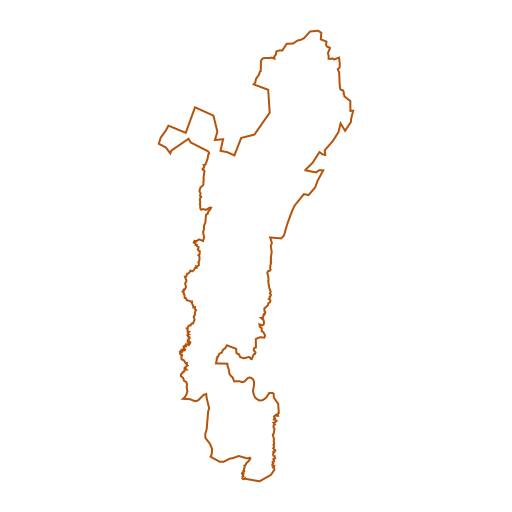 the district of Cuetzala del Progreso, Guerrero, Mexico
{"feature_id": "50627088B8879527191332", "entity_name": "Cuetzala del Progreso", "entity_type": "district", "adm_level": 2, "iso_a3": "MEX", "parent_name": "Mexico", "parent_adm1": "Guerrero", "projection": "orthographic", "projection_center": [-99.835, 18.107], "detail": "fine", "context": "isolated", "style": "outline", "palette": "amber", "viewbox_px": 512, "rotation_deg": 0, "n_neighbors": 0, "source": "geoboundaries", "source_scale": "gbopen_adm2", "svg_char_len": 6061}
<svg xmlns="http://www.w3.org/2000/svg" viewBox="0 0 512 512"><path d="M183.0,398.8L190.1,399.2L193.6,400.7L195.9,401.2L198.3,400.2L203.7,394.8L206.2,394.0L206.6,397.8L209.1,408.0L208.1,411.9L206.7,429.1L205.2,434.3L205.5,438.1L210.0,443.9L212.1,449.1L211.7,454.0L210.6,456.7L219.6,461.7L223.6,461.8L229.8,458.6L232.6,458.2L238.8,456.0L247.1,458.4L249.9,457.7L250.4,458.6L249.4,459.7L249.3,460.4L246.3,463.3L245.5,465.1L244.4,465.6L244.8,467.0L243.9,469.0L244.2,471.1L243.2,471.3L243.7,473.3L243.5,473.7L242.2,473.1L242.0,473.6L243.4,476.2L242.5,476.7L242.4,478.5L242.9,479.0L243.9,479.2L245.1,478.2L245.3,478.8L259.6,481.3L271.0,474.8L274.4,469.7L274.2,468.3L273.1,467.5L274.0,466.7L274.2,465.7L272.3,465.4L272.5,464.1L273.3,463.0L272.6,462.1L274.1,461.2L273.3,459.2L275.1,458.4L274.6,457.3L274.7,456.2L273.5,455.8L273.0,454.1L273.8,452.7L273.3,452.0L274.7,451.6L274.3,450.2L275.0,450.0L273.2,448.2L274.2,446.7L273.4,444.8L274.2,444.1L273.7,440.8L274.0,439.2L272.8,434.6L273.6,433.9L274.5,428.7L273.5,427.5L273.7,425.1L274.8,424.6L273.5,422.7L274.7,422.5L276.6,421.0L275.2,419.9L273.8,419.5L274.0,418.9L275.0,418.2L274.0,416.5L275.8,415.0L277.2,415.9L278.1,415.8L277.4,414.0L278.8,413.0L278.2,403.9L273.9,397.7L273.6,393.7L272.5,392.9L269.2,393.0L266.4,397.3L264.6,398.9L262.3,400.3L259.4,400.5L256.3,398.7L254.8,397.0L253.4,393.3L253.0,390.5L254.0,385.5L254.0,381.8L253.1,379.4L251.1,377.8L249.4,377.5L247.5,378.3L244.8,381.3L242.6,382.2L239.0,381.2L234.2,381.4L232.5,377.2L231.4,376.5L229.5,374.0L228.8,369.6L227.4,365.5L227.4,363.7L216.0,363.4L216.8,359.6L216.6,358.8L217.5,357.9L217.2,357.0L218.4,356.1L218.8,354.5L219.8,353.5L221.8,352.6L222.8,350.0L225.5,347.9L226.9,345.3L236.1,348.8L236.5,353.0L236.8,353.5L238.9,354.2L240.2,357.1L243.8,358.3L248.9,357.0L250.0,357.5L250.9,359.0L251.7,359.2L253.4,355.0L254.0,354.2L254.9,354.0L255.5,352.3L253.8,350.4L253.7,349.6L254.4,347.8L255.9,347.5L255.8,339.1L257.8,338.0L260.5,337.2L264.2,337.7L264.9,336.5L264.9,335.0L263.4,332.2L261.7,331.2L261.7,328.2L259.8,326.7L259.4,324.3L262.2,325.4L263.6,324.6L264.0,322.6L263.6,320.1L261.0,317.9L263.1,317.7L263.2,315.9L264.1,315.0L263.7,314.2L265.1,313.5L265.3,312.1L264.6,311.6L264.3,308.5L267.9,305.3L268.4,303.1L269.7,302.5L270.4,301.0L270.3,300.1L268.8,299.0L270.0,297.4L269.7,296.6L270.7,295.8L270.9,294.6L269.9,293.5L270.7,291.6L269.2,287.7L268.2,280.8L268.6,280.1L268.1,275.4L267.2,273.0L268.0,271.2L270.1,270.6L270.6,269.8L270.2,268.7L270.3,266.0L271.1,262.5L270.6,262.0L271.0,261.2L270.8,259.9L271.2,259.4L270.8,257.9L271.7,252.1L270.7,245.8L271.9,243.2L270.2,237.5L281.2,238.4L284.0,235.5L287.3,223.9L292.1,210.9L294.7,205.5L303.9,194.1L308.5,195.1L315.1,187.5L317.9,180.2L323.2,170.4L319.3,170.2L316.1,172.4L305.4,170.3L305.6,169.7L312.5,162.9L319.5,152.1L322.4,154.3L325.2,155.0L324.7,150.4L332.9,140.9L338.4,132.2L340.6,123.4L345.1,130.8L350.9,122.0L351.2,118.4L353.2,110.7L350.4,110.9L350.3,101.0L344.4,96.4L344.2,94.6L343.6,93.9L343.8,92.4L343.2,90.8L342.7,90.2L341.4,90.1L340.2,89.0L339.6,83.9L339.2,72.6L337.8,69.2L339.5,67.6L339.7,66.6L339.7,62.8L339.0,57.6L334.1,59.5L332.4,58.4L330.9,58.9L328.6,58.8L328.7,56.5L328.0,52.9L329.9,48.3L329.8,47.6L327.0,46.6L326.0,44.8L326.5,41.6L320.8,39.4L321.3,32.8L318.1,30.7L310.1,31.5L303.9,38.3L301.1,39.7L297.4,40.6L293.2,43.5L286.7,43.8L282.3,50.5L279.6,50.4L276.4,51.4L275.8,54.8L274.2,56.5L274.5,58.7L271.4,57.6L269.9,58.0L263.8,58.1L263.0,58.3L261.4,60.0L261.0,61.1L260.7,71.1L259.8,71.8L258.8,75.0L256.0,78.8L255.2,82.7L253.7,84.4L268.2,89.8L269.7,112.7L254.4,134.6L241.2,137.9L234.4,155.4L227.6,152.3L220.5,150.8L223.1,139.2L214.9,140.0L217.4,131.7L213.4,115.6L195.0,107.3L185.8,132.8L168.4,125.7L166.1,130.1L160.7,137.7L158.8,143.8L165.9,147.5L170.3,153.4L171.3,150.6L188.5,138.8L190.6,142.4L207.1,150.8L208.3,151.6L209.2,153.4L208.3,154.5L207.6,158.7L205.4,164.7L203.8,165.0L204.3,165.8L203.9,167.6L202.6,168.8L202.8,169.7L203.7,169.9L204.5,171.2L203.5,177.4L203.8,180.5L203.4,181.2L203.4,184.4L203.0,185.3L200.5,187.5L199.4,190.9L200.6,193.6L200.0,195.7L201.2,196.9L200.1,198.3L199.9,200.3L200.3,201.9L199.9,204.1L200.4,205.5L200.1,206.5L200.5,209.0L201.0,209.7L203.3,209.1L205.9,209.9L209.8,207.6L211.0,207.7L210.2,209.5L208.3,211.5L207.7,213.8L206.3,214.4L205.9,215.9L205.4,222.5L204.1,225.4L203.9,229.6L203.2,231.5L203.2,233.5L204.2,236.9L203.1,241.0L199.1,239.4L196.6,241.0L194.5,240.9L193.7,242.4L194.3,242.9L195.5,242.7L195.4,244.8L196.9,245.0L197.1,246.3L198.5,247.0L198.6,247.9L197.8,249.4L198.4,250.5L199.6,250.8L199.8,251.4L199.5,254.7L198.5,255.2L199.1,255.7L199.6,258.2L199.1,261.4L198.3,262.4L198.9,263.3L198.8,265.2L197.4,266.3L196.1,266.2L196.6,267.8L195.0,267.9L194.1,269.8L192.3,271.3L190.4,270.6L190.2,271.4L188.4,273.4L187.1,273.8L186.3,276.4L184.9,276.7L186.4,280.5L186.3,281.5L185.1,283.4L186.0,286.9L185.1,288.9L183.6,289.6L184.0,290.5L182.6,291.5L183.9,292.8L183.7,294.0L184.4,294.6L184.7,297.9L186.1,298.3L186.6,300.1L189.9,301.0L190.6,301.6L192.0,301.5L192.1,303.5L193.3,306.2L193.3,307.3L194.9,307.1L194.9,309.1L196.0,310.1L194.8,312.4L195.0,314.6L193.7,316.7L194.6,319.7L193.0,323.5L191.7,323.5L190.5,325.5L189.3,325.4L187.9,326.9L187.7,328.2L186.8,328.4L187.6,329.3L187.6,331.5L189.1,331.8L187.9,333.0L188.3,333.6L188.0,334.4L188.7,334.6L187.4,335.3L188.4,336.8L189.4,337.0L189.6,338.4L188.3,339.1L188.8,340.8L187.9,340.7L187.6,341.6L188.4,343.0L189.6,342.1L190.3,342.3L190.3,342.8L188.8,345.1L186.1,344.2L185.7,345.5L186.0,346.4L185.0,346.5L185.2,345.8L184.7,345.6L183.5,346.6L184.5,349.0L185.2,349.5L184.7,350.4L184.0,350.5L183.1,349.4L182.3,349.4L181.4,350.0L182.4,350.9L182.2,351.9L181.3,352.0L180.5,351.4L179.9,351.7L180.3,354.3L180.8,354.7L181.6,354.4L182.1,355.2L181.3,357.5L181.5,359.0L181.9,359.6L183.7,360.1L185.7,363.2L186.9,363.0L186.7,364.7L187.6,365.5L184.6,367.8L184.5,368.3L185.5,368.4L186.5,369.6L184.7,369.6L184.3,370.4L184.3,371.5L182.7,372.0L182.5,373.1L181.3,373.8L180.8,375.1L180.9,376.1L183.1,378.0L184.1,380.8L186.5,382.3L187.1,384.9L186.6,387.0L187.4,391.4L186.3,394.8L184.6,397.5L183.0,398.8Z" fill="none" stroke="#b45309" stroke-width="2"/></svg>